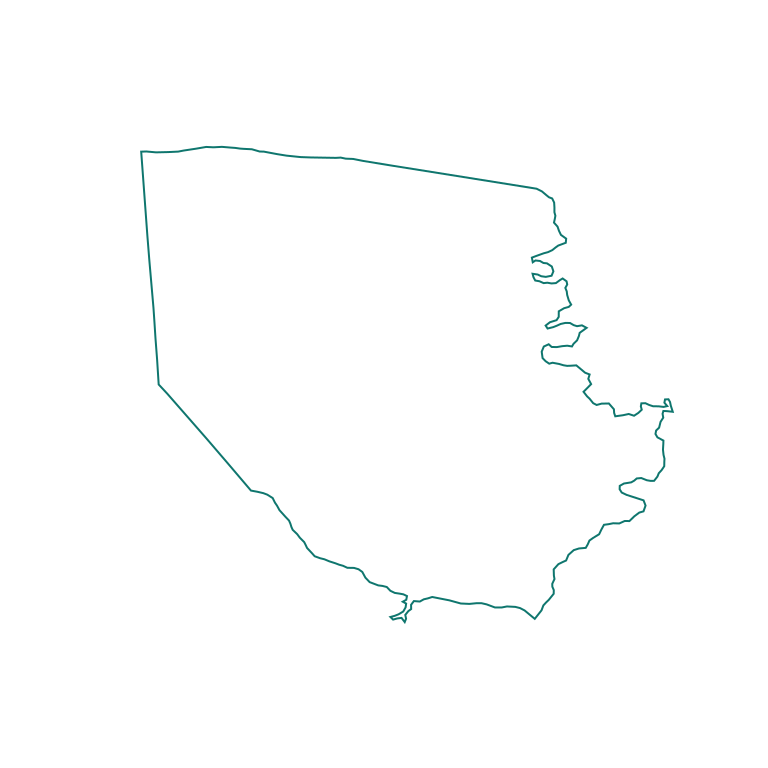 outline of Pedro do Rosário, Maranhão, Brazil, rotated 104°
{"feature_id": "56859067B22973737910848", "entity_name": "Pedro do Rosário", "entity_type": "district", "adm_level": 2, "iso_a3": "BRA", "parent_name": "Brazil", "parent_adm1": "Maranhão", "projection": "natural_earth1", "projection_center": [-45.413, -2.989], "detail": "fine", "context": "isolated", "style": "outline", "palette": "teal", "viewbox_px": 768, "rotation_deg": 104, "n_neighbors": 0, "source": "geoboundaries", "source_scale": "gbopen_adm2", "svg_char_len": 3778}
<svg xmlns="http://www.w3.org/2000/svg" viewBox="0 0 768 768"><g transform="rotate(104 384 384)"><path d="M172.6,458.3L173.1,468.4L174.6,475.6L174.8,480.8L176.2,485.3L181.9,509.9L184.0,519.8L186.0,533.8L186.8,543.2L187.6,556.8L188.5,560.9L188.2,569.0L189.8,577.1L190.4,580.6L190.9,585.4L191.7,590.0L193.1,598.6L195.6,606.8L197.0,613.9L201.1,623.2L206.0,635.0L208.3,639.9L211.2,649.6L214.4,661.3L215.9,670.9L217.3,675.8L297.6,649.4L320.8,641.6L365.9,626.1L378.9,621.9L394.9,616.8L415.4,610.0L439.0,602.5L445.8,592.0L479.6,543.4L499.4,515.5L519.6,487.3L519.2,480.8L519.1,474.7L519.6,470.5L521.6,464.4L525.5,461.1L527.9,458.4L531.7,454.9L536.7,447.5L539.5,443.1L542.1,441.1L545.2,439.2L547.6,437.3L550.7,431.9L553.5,428.5L556.7,423.2L559.0,421.2L561.7,419.0L565.7,412.8L567.9,409.6L568.5,403.9L568.5,399.4L569.3,394.1L569.7,387.9L570.2,383.7L570.3,379.8L571.2,375.1L569.7,368.6L569.9,363.9L571.6,359.6L576.4,355.2L579.7,350.0L580.8,340.9L580.3,336.7L580.3,332.2L583.1,327.8L584.1,323.0L583.6,317.8L583.4,314.3L584.2,310.4L588.0,310.2L590.7,313.1L591.7,309.4L595.5,309.0L600.1,310.3L603.9,314.1L606.4,317.6L608.5,321.4L610.4,318.2L608.2,314.3L606.7,310.4L610.0,306.3L606.4,305.8L602.9,307.5L598.4,305.4L595.8,303.2L591.7,304.3L587.4,302.5L586.4,296.6L583.3,293.3L581.4,289.6L579.0,285.7L578.1,268.2L578.4,256.4L576.7,247.9L574.2,240.9L573.1,236.5L573.0,231.1L574.0,222.2L572.4,215.8L570.1,210.9L568.5,202.7L568.5,197.8L569.7,192.8L575.4,180.9L568.8,177.9L565.5,176.4L560.3,175.8L556.8,173.9L553.6,171.9L546.5,168.6L542.9,169.4L540.0,171.6L537.2,172.4L532.0,171.4L528.8,172.8L522.8,174.5L516.6,171.2L513.4,167.4L511.2,164.6L505.2,163.7L499.3,159.7L496.4,155.0L494.2,148.6L490.3,147.5L486.2,146.8L482.7,143.8L477.7,138.9L472.8,137.9L467.4,136.5L465.7,132.2L463.7,128.0L462.4,122.0L458.7,117.3L457.6,112.7L451.8,109.1L447.0,105.2L444.8,101.4L438.7,100.8L434.1,104.0L432.9,121.8L431.8,127.1L429.1,129.9L425.8,130.6L422.5,127.1L420.9,123.3L419.6,120.3L417.3,117.9L414.5,115.9L413.0,111.6L413.8,105.7L413.5,101.8L412.6,98.5L407.7,96.3L404.1,95.8L400.4,93.8L396.0,92.2L391.6,93.2L388.6,93.8L385.2,95.6L380.3,97.4L374.5,98.5L371.3,99.2L369.6,105.8L366.8,108.5L363.3,108.7L359.8,106.5L353.8,106.5L349.1,104.9L345.5,106.5L342.6,106.4L341.9,103.0L341.1,97.1L335.6,100.5L332.3,102.1L330.0,104.3L331.0,107.6L334.3,107.4L336.9,103.8L338.6,107.2L339.2,112.0L340.5,117.6L340.2,121.6L339.4,125.7L340.5,129.6L343.5,129.4L346.6,127.7L350.5,130.2L354.3,133.7L353.9,139.3L356.5,144.6L359.4,151.8L356.4,153.7L352.9,154.8L348.5,161.1L350.4,168.1L352.9,172.6L352.0,176.4L348.5,181.0L346.9,183.9L343.3,188.5L334.0,183.0L329.6,187.0L325.0,186.8L324.4,191.6L319.4,201.9L321.2,207.6L322.1,210.7L322.4,214.4L322.2,219.0L322.6,225.6L324.3,228.6L322.8,232.7L320.5,236.4L314.5,238.8L309.0,238.0L305.6,233.8L307.5,230.3L306.4,225.3L304.2,220.3L302.5,215.4L302.1,210.7L299.1,209.8L294.9,207.2L290.3,206.5L287.0,206.5L280.5,201.0L279.2,206.1L281.2,210.7L281.0,214.2L279.8,218.3L280.9,222.9L283.0,227.1L285.7,230.5L287.9,233.6L290.6,238.7L288.2,241.3L283.9,237.9L280.3,232.0L276.6,230.7L271.2,232.0L266.9,227.6L264.5,223.4L261.7,221.6L258.2,224.9L253.3,227.8L249.9,229.1L246.9,231.3L243.1,230.3L240.2,231.7L238.4,236.2L240.6,238.4L244.5,241.6L245.9,245.8L246.2,250.0L247.5,253.5L246.7,258.0L247.0,262.3L244.2,264.8L241.1,266.5L240.6,261.3L241.4,257.5L240.9,252.9L238.4,247.6L233.7,246.9L229.4,249.6L227.5,255.1L228.0,258.6L226.9,262.4L227.5,266.9L229.9,269.1L225.6,271.1L222.9,267.2L218.5,260.6L216.4,256.8L213.4,253.1L210.1,250.6L207.5,248.4L203.0,241.8L198.9,242.4L196.5,248.4L193.0,251.3L189.3,253.7L186.3,258.1L182.5,258.2L179.3,258.4L176.1,260.2L171.6,261.3L166.8,262.8L163.3,265.7L162.9,269.1L161.4,272.3L158.9,277.4L157.6,283.2L170.2,429.2L172.6,458.3Z" fill="none" stroke="#0f766e" stroke-width="2"/></g></svg>